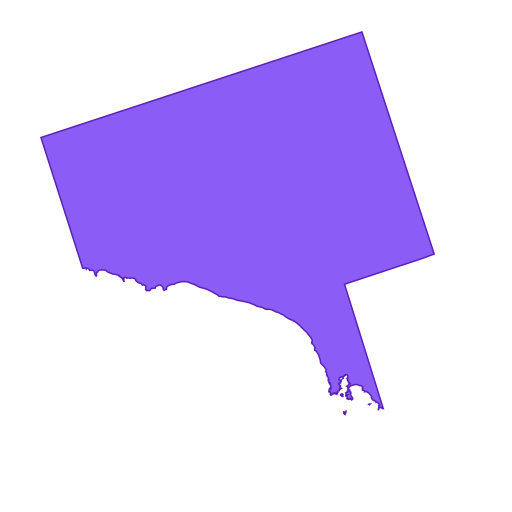 Escalante, Chubut, Argentina (Albers equal-area conic projection), rotated 73°
{"feature_id": "61730980B51244903644877", "entity_name": "Escalante", "entity_type": "district", "adm_level": 2, "iso_a3": "ARG", "parent_name": "Argentina", "parent_adm1": "Chubut", "projection": "albers", "projection_center": [-67.016, -45.339], "detail": "fine", "context": "isolated", "style": "filled", "palette": "violet", "viewbox_px": 512, "rotation_deg": 73, "n_neighbors": 0, "source": "geoboundaries", "source_scale": "gbopen_adm2", "svg_char_len": 6093}
<svg xmlns="http://www.w3.org/2000/svg" viewBox="0 0 512 512"><g transform="rotate(73 256 256)"><path d="M72.7,89.2L79.8,427.0L217.0,425.3L217.5,423.6L217.5,422.3L218.0,422.1L218.8,422.1L218.5,421.8L218.5,421.0L218.7,420.4L219.3,419.7L221.1,419.3L221.3,418.1L221.9,416.5L222.4,415.7L223.3,415.3L225.2,415.4L227.7,415.2L228.5,414.7L228.2,414.3L225.5,413.5L225.0,413.0L225.0,412.0L224.1,411.2L223.8,410.0L223.8,409.2L224.7,406.2L225.5,404.4L226.0,403.7L227.5,402.8L228.1,402.3L231.4,398.2L232.6,395.5L233.4,394.6L234.1,393.0L234.6,392.7L235.0,393.0L238.0,390.3L238.4,390.2L238.7,390.5L239.9,390.3L240.4,389.9L241.4,389.8L241.7,389.6L241.7,388.9L241.7,389.5L241.3,389.8L240.1,389.7L240.2,389.3L239.7,389.3L239.7,389.6L238.8,389.5L238.4,388.8L238.2,387.6L238.7,386.5L239.6,385.8L239.4,385.1L239.5,384.6L240.7,382.6L240.6,381.9L240.6,381.2L242.0,378.8L242.9,378.0L244.3,378.2L247.0,376.5L248.8,373.8L250.6,373.2L250.8,371.8L252.1,370.5L253.0,370.2L255.3,371.0L255.9,371.5L256.3,371.2L256.5,370.7L257.4,370.4L257.6,368.8L258.0,368.4L258.0,368.1L257.7,367.2L256.6,366.0L256.4,365.1L256.8,364.5L256.7,363.3L257.4,362.0L256.3,361.2L255.8,360.5L255.7,358.5L255.4,357.5L255.5,356.8L256.1,355.6L258.6,354.1L259.0,354.0L260.8,354.5L261.6,353.9L262.0,353.9L261.6,352.5L261.7,351.4L260.8,351.3L260.6,350.9L259.6,350.6L259.1,349.5L258.5,346.8L258.6,344.7L259.1,342.6L258.5,339.7L258.6,336.5L259.1,333.5L259.5,332.0L260.5,329.7L262.1,327.2L263.4,325.8L265.2,323.3L269.3,319.1L272.8,313.5L276.6,309.3L281.5,304.5L283.1,303.5L283.6,303.3L285.5,299.2L286.0,297.5L287.9,294.8L290.0,290.7L293.2,286.3L295.1,282.4L298.6,276.3L299.6,274.9L300.7,273.8L301.5,272.5L304.4,269.6L307.2,264.8L309.4,262.7L310.1,261.6L310.9,258.7L312.0,256.7L315.3,253.2L317.0,250.6L318.5,249.3L320.6,246.8L322.2,245.8L325.3,243.3L327.5,240.8L327.9,240.1L328.8,239.4L329.8,238.1L331.1,237.4L331.9,236.6L334.6,234.9L341.5,231.2L343.7,229.9L350.1,227.4L352.5,226.9L353.8,227.1L354.2,227.6L354.9,227.6L354.9,227.9L355.1,228.1L356.2,228.1L356.5,227.6L357.4,227.2L360.6,226.3L361.4,226.4L362.1,227.3L363.4,227.4L363.9,226.7L365.5,225.9L368.7,225.1L374.5,225.0L377.0,225.5L378.4,225.0L381.7,223.2L384.8,222.2L386.6,222.6L387.0,223.1L387.1,222.8L387.4,222.7L389.1,222.7L390.2,222.9L390.1,223.1L390.5,223.3L394.0,222.4L394.7,222.5L395.2,223.0L395.5,223.1L395.4,222.9L395.9,222.7L396.4,222.9L397.6,222.9L397.9,223.2L398.4,223.2L398.6,222.9L399.0,222.7L399.0,222.4L399.5,222.5L399.6,222.8L399.7,222.7L399.8,222.3L400.7,222.8L401.0,222.6L401.0,222.3L401.3,222.3L402.8,222.5L403.0,222.6L403.2,223.0L403.8,223.2L403.9,222.8L404.1,222.8L404.8,223.0L405.0,223.4L404.8,223.8L404.8,224.4L404.5,224.6L405.8,225.3L406.2,225.1L406.4,225.8L406.7,225.9L407.1,225.5L407.3,225.8L407.7,225.1L407.8,224.7L408.1,224.6L408.8,225.0L409.1,224.8L409.9,225.3L410.1,225.1L410.1,225.4L410.8,225.3L411.0,224.7L410.3,224.0L410.7,223.7L410.5,223.3L410.6,222.9L409.8,221.8L410.1,221.5L409.8,221.5L409.7,220.8L410.3,220.3L410.6,220.6L410.7,220.3L410.6,220.1L411.4,219.8L411.2,219.6L411.7,219.2L411.7,218.6L410.8,218.8L410.4,218.6L410.1,218.2L410.6,217.8L410.5,217.6L409.3,217.5L409.0,216.5L409.2,215.9L408.2,215.3L408.0,214.5L407.3,214.9L406.9,214.6L406.8,214.2L406.9,213.9L407.4,214.0L407.6,213.7L407.6,213.0L407.0,213.3L406.6,213.9L405.9,213.6L406.1,213.9L405.3,213.7L405.1,213.9L404.6,213.5L404.1,214.0L403.6,213.7L403.1,214.2L402.4,214.1L402.3,213.9L402.3,213.5L402.0,213.6L401.7,213.4L401.8,212.4L402.1,212.4L402.1,212.2L401.2,211.7L400.8,211.1L400.1,211.2L399.7,210.8L399.4,210.8L399.6,211.4L399.4,212.0L399.1,212.4L398.5,212.3L398.7,212.7L398.3,212.9L397.9,212.2L397.1,212.0L396.8,210.9L396.2,210.4L396.3,209.5L397.3,209.0L398.7,208.9L398.6,208.6L399.0,208.3L397.8,208.5L396.9,207.6L396.7,206.8L396.3,206.7L396.1,206.1L395.8,206.1L395.7,205.5L396.0,205.2L395.7,205.0L395.8,204.8L396.0,204.5L396.2,203.7L397.6,203.3L399.0,203.8L399.8,204.8L399.9,204.5L399.7,204.5L399.7,204.4L399.8,203.9L400.6,204.1L400.7,204.4L401.1,204.7L402.0,204.8L402.4,204.4L403.4,204.6L403.5,204.2L404.2,204.3L405.7,203.1L406.0,203.3L406.0,203.9L405.4,204.4L406.0,204.8L406.7,206.0L407.0,207.3L407.4,206.9L407.2,206.8L407.3,206.6L408.0,206.5L410.1,207.0L411.2,206.9L411.3,207.2L411.7,207.1L412.6,207.7L413.0,208.3L412.4,208.6L412.9,209.0L412.9,209.9L413.1,210.3L413.8,210.1L414.4,210.3L415.3,210.3L415.5,210.4L415.5,210.9L416.0,210.9L415.3,209.6L415.5,208.8L415.8,209.4L416.7,209.8L416.9,210.3L418.1,210.1L418.6,210.5L418.9,210.3L419.1,210.7L419.3,210.5L419.2,210.1L419.5,209.6L420.0,209.6L420.3,209.1L420.3,208.7L419.9,208.4L419.9,208.0L420.2,207.7L419.9,207.5L420.0,207.2L420.8,206.9L420.8,206.5L421.1,206.3L421.5,206.4L421.4,205.9L421.8,205.8L421.0,205.6L420.5,205.0L416.4,206.1L415.8,206.1L415.0,205.6L414.9,205.3L413.8,205.1L413.0,205.9L411.4,205.6L410.6,206.4L410.2,206.4L409.5,206.1L408.3,204.6L408.0,203.4L407.8,201.3L408.1,198.1L408.8,196.3L410.0,195.2L411.0,193.1L412.1,192.4L413.2,192.9L413.8,192.7L414.3,193.3L414.8,193.0L415.5,193.3L415.7,192.6L416.3,192.0L417.3,191.7L417.6,191.9L417.7,190.3L419.6,188.6L420.7,187.7L423.3,186.7L424.5,186.7L425.1,187.1L426.0,186.8L426.5,186.8L426.5,186.5L427.0,186.2L427.8,186.3L428.5,185.9L428.5,185.4L429.6,184.4L430.1,184.1L431.1,184.0L431.0,183.3L431.3,182.9L432.9,181.8L433.2,181.9L433.7,181.6L434.7,181.6L435.2,182.0L435.1,182.4L435.9,182.5L438.6,183.9L439.3,184.0L437.5,182.9L437.2,182.5L437.3,181.0L437.6,180.8L438.0,180.8L437.8,180.7L437.8,180.3L438.5,180.0L438.2,179.8L438.2,179.5L438.8,178.9L309.0,179.6L308.8,176.7L306.9,95.7L306.5,90.2L306.3,85.0L186.7,87.2L72.7,89.2ZM431.6,215.8L431.2,215.5L430.7,215.4L431.0,216.0L431.6,216.3L432.0,216.8L431.7,217.3L430.8,217.5L430.7,217.7L430.9,217.9L432.2,218.0L433.3,217.6L433.7,217.1L432.8,216.6L432.0,215.8L431.6,215.8ZM414.6,213.9L413.9,213.2L413.5,213.4L413.6,214.0L414.5,214.8L415.1,215.0L415.6,214.5L415.6,213.9L414.6,213.9ZM413.8,215.9L414.0,215.7L413.5,214.6L412.9,214.4L412.9,214.8L413.2,215.1L413.3,215.7L413.8,215.9ZM431.1,190.8L430.9,190.2L430.8,190.5L430.9,191.0L430.7,191.3L430.8,191.6L431.2,191.2L432.0,190.9L431.1,190.8Z" fill="#8b5cf6" stroke="#5b21b6" stroke-width="1.5"/></g></svg>